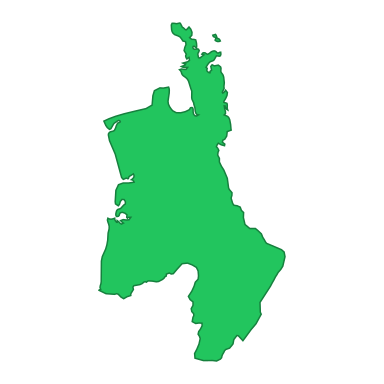 the border of Waikato
{"feature_id": "NZL-5468", "entity_name": "Waikato", "entity_type": "Regional Council", "adm_level": 1, "iso_a3": "NZL", "parent_name": "New Zealand", "parent_adm1": "", "projection": "robinson", "projection_center": [175.468, -37.886], "detail": "fine", "context": "isolated", "style": "filled", "palette": "green", "viewbox_px": 384, "rotation_deg": 0, "n_neighbors": 0, "source": "natural_earth", "source_scale": "10m", "svg_char_len": 5946}
<svg xmlns="http://www.w3.org/2000/svg" viewBox="0 0 384 384"><path d="M99.0,290.3L99.2,289.9L100.7,289.5L100.0,287.4L100.3,285.6L100.9,283.8L101.2,281.7L101.4,261.1L102.3,256.6L105.7,249.0L106.9,244.8L107.7,240.2L108.1,233.1L109.1,228.9L109.2,226.4L108.7,224.2L107.9,222.0L107.4,220.0L107.9,218.2L109.4,219.0L111.3,219.2L113.1,218.8L114.7,218.2L114.8,219.5L115.3,220.7L116.0,221.6L116.6,222.3L117.2,222.3L117.2,220.6L118.7,221.7L120.0,223.2L121.4,224.1L123.4,223.1L122.6,222.6L120.6,220.6L123.2,219.6L126.3,220.0L129.0,219.8L130.8,217.3L129.0,217.3L128.2,217.5L127.4,218.2L126.7,217.3L127.0,214.9L125.0,213.2L122.3,212.3L120.3,212.8L119.5,214.2L119.2,215.4L118.5,216.2L116.9,216.6L116.0,215.8L115.8,214.1L116.2,212.1L116.6,210.8L117.5,209.6L118.3,209.2L119.3,209.0L120.6,208.5L123.7,205.1L125.3,204.0L125.4,201.7L124.2,199.6L122.0,199.4L120.3,201.5L119.5,204.3L118.3,205.8L115.5,203.9L115.2,201.7L115.9,190.3L118.5,184.7L123.2,183.0L128.8,183.0L134.1,182.2L133.7,181.1L133.1,180.4L132.3,179.9L131.4,179.7L132.7,178.7L133.8,177.3L134.1,175.7L133.4,173.9L129.3,176.4L128.9,176.9L128.5,178.3L128.0,178.8L127.6,178.7L127.0,178.3L126.3,178.1L123.3,179.4L121.6,177.5L115.2,154.0L109.5,140.7L108.4,135.2L108.4,134.0L109.3,132.5L110.4,131.8L113.3,131.1L114.4,130.4L115.5,128.2L116.4,125.5L117.7,123.1L120.0,122.2L120.3,121.7L119.8,120.8L118.7,120.4L117.4,121.0L116.4,121.8L114.5,123.0L113.7,123.8L110.9,128.7L109.5,129.4L107.3,127.6L105.8,125.4L103.9,121.1L109.1,118.7L115.6,116.3L124.1,113.8L134.8,111.2L146.0,108.6L152.1,105.1L152.9,95.7L154.4,90.7L159.9,87.9L163.4,88.1L168.6,87.1L169.1,88.5L169.3,90.2L169.2,93.0L168.0,101.3L168.4,104.1L169.6,106.7L171.1,108.9L172.6,110.7L176.2,112.7L180.6,112.8L185.2,111.7L189.0,109.9L189.8,109.1L190.1,108.3L190.6,107.7L192.0,107.5L192.8,108.0L193.1,109.3L193.1,112.0L193.6,114.3L194.9,115.8L196.6,116.0L198.5,114.9L196.9,114.5L195.9,113.2L195.3,111.4L194.9,107.6L193.9,104.5L193.7,102.9L192.0,99.3L191.7,97.6L191.8,91.3L191.3,89.8L190.9,88.8L188.6,81.4L187.9,80.0L186.9,78.6L185.7,77.5L183.2,75.7L182.2,74.6L181.6,73.3L181.3,72.1L180.7,70.9L179.5,69.7L181.6,69.0L183.9,69.4L186.1,69.4L187.6,67.4L184.3,67.4L182.8,67.2L181.4,66.5L182.7,66.0L183.9,65.7L184.9,65.2L185.6,64.0L184.7,64.0L182.9,63.1L187.8,61.7L189.5,60.3L189.0,57.4L187.4,58.4L186.9,59.0L186.2,57.9L185.7,56.6L185.7,55.4L186.3,54.2L184.1,50.6L184.8,47.4L186.0,44.5L185.6,41.8L184.7,41.4L183.6,41.2L182.6,40.8L182.2,39.7L181.9,39.4L180.1,37.0L178.3,36.0L174.6,34.6L173.0,33.2L172.1,31.6L171.6,29.6L171.3,25.0L172.1,23.3L174.1,23.3L176.6,23.7L179.9,23.0L180.5,23.6L181.0,24.6L181.6,25.7L182.0,26.6L182.2,27.0L182.6,27.4L183.4,27.8L185.4,29.7L186.4,29.8L189.0,27.0L190.8,29.2L192.0,32.3L191.8,35.3L189.6,37.7L191.7,39.3L194.0,39.4L195.7,39.9L196.5,43.1L196.7,46.1L196.5,47.7L195.4,47.2L194.1,46.2L193.2,46.4L192.8,47.4L193.4,48.8L194.6,49.3L197.4,48.9L198.5,49.2L199.2,50.6L198.8,51.8L198.1,53.0L197.8,54.2L198.5,57.7L199.9,58.0L203.9,54.9L202.5,54.3L201.9,54.2L202.6,53.1L203.8,52.7L205.2,52.9L206.3,53.7L207.5,54.3L209.0,53.6L211.4,51.7L213.2,51.0L214.7,50.9L215.9,51.5L217.2,52.9L218.3,53.1L219.7,52.3L220.7,52.2L220.9,54.2L220.4,55.8L219.4,56.2L216.5,55.8L216.1,56.4L214.1,59.9L212.9,60.8L210.3,61.7L209.1,62.7L207.5,64.8L206.0,67.4L207.2,68.3L207.1,69.2L206.7,70.0L207.0,71.0L208.1,72.1L209.3,72.8L210.1,72.7L210.0,71.4L211.6,70.2L210.8,66.4L212.1,64.8L214.3,65.9L218.3,65.1L220.6,66.9L221.0,68.2L220.8,71.3L221.3,72.6L222.8,74.6L223.2,75.5L223.7,77.1L224.3,82.8L223.9,86.6L224.0,87.3L224.1,88.5L223.5,89.8L222.7,91.1L222.3,92.3L222.8,93.1L223.8,92.5L225.0,91.2L225.6,90.2L227.4,92.5L227.0,95.5L225.6,98.6L223.9,101.3L223.8,102.3L224.8,102.7L226.1,103.0L227.0,103.4L227.3,104.9L227.2,108.3L227.7,109.9L226.7,109.3L226.0,108.3L225.4,107.1L225.0,105.8L224.2,105.8L224.7,108.8L225.4,111.4L225.5,113.5L224.2,114.9L227.6,116.4L228.7,117.5L229.7,119.7L230.6,124.4L231.0,129.2L231.2,130.1L227.2,131.6L226.7,136.1L224.7,139.3L222.9,140.1L222.4,142.2L224.8,144.1L224.5,145.7L221.2,144.8L218.3,143.2L217.1,144.9L216.4,146.8L217.7,148.2L218.8,150.4L218.0,152.4L217.7,155.1L219.4,158.4L219.4,162.0L221.4,166.2L223.8,170.0L227.3,178.3L228.6,188.0L229.3,189.5L232.0,192.7L231.9,195.4L231.1,198.1L232.6,203.2L233.7,205.1L235.3,205.5L237.0,205.7L240.2,207.1L241.4,210.4L243.6,212.5L243.4,217.6L245.0,224.5L249.8,228.5L255.4,228.5L257.7,230.4L261.4,233.9L262.7,237.2L264.4,239.9L265.4,241.8L266.5,243.3L281.5,249.7L284.1,252.0L285.0,256.7L282.8,266.2L280.8,269.4L278.1,272.5L276.7,275.0L275.5,276.8L273.7,280.3L272.3,282.7L270.4,286.3L260.0,302.4L260.3,312.2L261.2,314.2L256.0,323.8L251.0,329.7L245.3,337.5L242.9,340.7L238.4,335.8L236.9,335.5L233.8,339.6L233.0,344.0L232.5,344.4L232.2,345.0L229.6,348.1L225.7,349.5L224.5,350.8L223.8,352.4L222.8,354.0L222.0,355.8L221.6,357.7L220.4,359.1L216.6,361.0L212.5,360.5L203.5,360.6L195.0,358.2L194.6,353.5L196.9,349.1L199.0,344.1L200.2,338.6L199.4,336.2L198.1,334.2L198.7,331.5L200.4,329.2L202.1,325.8L202.0,323.2L198.9,323.0L195.7,323.5L192.2,321.6L193.0,317.2L193.8,315.7L193.7,313.8L191.8,311.6L191.2,308.7L193.0,305.4L193.0,301.9L190.1,299.6L188.4,296.4L191.8,291.2L194.1,286.2L195.3,282.2L198.1,279.2L198.5,276.0L198.4,274.4L198.1,270.9L196.4,267.4L192.2,264.9L187.5,263.1L182.1,263.7L177.0,269.3L173.3,273.7L171.2,274.0L169.3,273.0L166.4,274.1L166.2,276.1L165.2,276.6L164.6,277.2L164.2,278.0L162.6,279.4L158.6,281.5L156.3,281.8L152.3,281.1L148.3,280.9L147.2,281.5L146.4,282.2L145.3,281.7L144.2,281.9L142.1,283.6L139.9,284.6L133.8,285.7L132.9,287.2L133.4,289.5L131.0,293.4L130.7,294.4L130.8,295.5L127.1,296.7L123.7,298.7L120.9,297.0L119.1,295.1L118.0,294.1L116.6,293.7L114.6,294.3L106.0,293.7L99.0,290.3ZM220.3,41.0L219.1,41.5L217.8,41.5L217.4,41.5L216.6,41.2L215.4,40.6L215.1,40.2L215.2,39.8L215.7,38.9L215.7,38.6L215.7,38.1L215.5,37.7L214.9,37.2L214.1,37.0L213.3,36.5L212.8,35.2L215.5,34.4L216.2,35.4L217.3,38.5L218.4,38.6L219.2,39.1L219.8,39.9L220.3,41.0Z" fill="#22c55e" stroke="#15803d" stroke-width="1.5"/></svg>